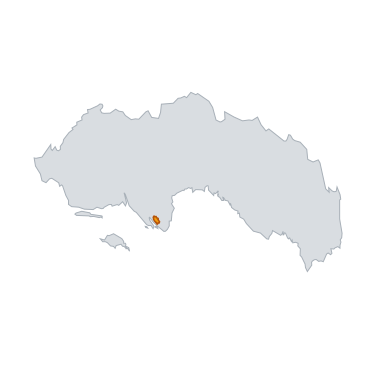 Vallentuna, Stockholm, Sweden shown in context, rotated 70°
{"feature_id": "70781695B12821480851485", "entity_name": "Vallentuna", "entity_type": "district", "adm_level": 2, "iso_a3": "SWE", "parent_name": "Sweden", "parent_adm1": "Stockholm", "projection": "equal_earth", "projection_center": [18.204, 59.607], "detail": "fine", "context": "in_parent", "style": "filled", "palette": "amber", "viewbox_px": 384, "rotation_deg": 70, "n_neighbors": 0, "source": "geoboundaries", "source_scale": "gbopen_adm2", "svg_char_len": 4949}
<svg xmlns="http://www.w3.org/2000/svg" viewBox="0 0 384 384"><g transform="rotate(70 192 192)"><path d="M82.2,247.4L83.5,250.2L86.7,249.8L88.0,247.8L89.9,241.9L88.1,235.4L91.0,233.1L93.0,229.6L97.3,228.5L103.2,224.4L103.9,220.2L105.4,217.1L100.9,207.9L100.7,205.5L108.1,204.4L111.4,198.3L106.6,194.4L99.0,190.7L102.2,179.2L99.2,173.0L99.8,170.4L99.5,166.4L101.5,164.8L98.0,159.0L101.9,155.1L101.4,153.0L112.5,145.1L119.6,143.7L132.6,144.8L135.8,141.7L136.0,140.1L134.9,136.1L127.7,133.9L135.9,126.9L142.4,120.2L143.8,113.8L145.3,111.0L144.0,104.8L152.4,104.1L159.9,101.6L159.0,98.3L175.6,88.1L176.2,86.3L175.0,84.6L171.2,81.5L172.3,80.1L176.7,79.3L178.8,77.9L182.2,73.3L191.2,69.6L200.9,72.1L205.2,68.0L205.0,62.4L208.5,61.8L234.7,65.3L239.1,63.2L234.6,62.1L239.0,59.9L240.3,58.5L240.7,56.9L240.5,56.1L236.9,54.0L245.1,53.8L249.6,54.7L250.0,56.0L267.9,62.5L282.1,65.1L286.2,67.0L287.7,69.1L290.0,69.2L292.6,71.1L295.4,72.2L293.2,73.6L293.4,76.7L294.1,78.2L292.8,80.9L297.5,81.5L298.3,83.2L295.9,84.9L296.3,86.7L302.4,92.5L300.9,94.3L300.5,96.7L297.9,98.4L297.5,100.2L298.1,102.6L299.0,103.7L301.7,104.5L306.2,110.8L301.8,111.2L298.4,110.4L290.5,111.2L288.5,112.1L282.4,109.6L278.9,111.0L276.5,109.8L274.7,111.8L274.2,114.7L271.4,114.4L272.5,115.5L268.6,115.9L268.4,116.3L269.2,117.1L268.0,117.9L262.7,118.2L262.0,119.2L263.6,120.3L263.5,121.0L260.1,119.9L262.5,122.0L263.0,123.5L255.8,129.5L258.2,131.1L260.3,134.6L262.5,136.2L261.6,137.8L254.0,141.7L249.8,147.7L240.2,151.7L235.2,152.7L231.9,155.6L228.1,154.7L228.0,156.4L225.6,155.3L223.6,157.9L220.1,160.1L216.3,159.7L215.9,160.1L217.0,160.7L212.6,161.3L211.3,163.5L208.1,164.2L207.5,164.9L210.8,165.0L210.2,166.9L206.4,167.8L205.1,169.0L203.4,169.0L203.7,168.1L201.2,168.1L200.5,167.1L200.0,167.3L201.6,170.4L200.4,171.6L202.7,172.8L195.9,175.8L191.8,174.7L191.2,175.6L192.1,178.2L195.7,180.2L193.5,181.6L191.0,187.7L192.6,191.4L187.9,190.6L188.2,192.0L186.7,193.7L187.3,196.1L186.8,197.7L187.9,199.1L187.2,199.8L187.9,206.6L189.2,209.5L188.7,211.9L190.6,213.1L194.8,213.4L196.0,215.3L201.2,214.2L204.9,218.0L212.0,221.3L211.6,223.4L216.1,225.0L218.7,227.9L219.8,230.4L219.4,231.9L212.4,236.0L207.0,238.7L201.3,240.4L201.6,241.1L204.4,241.3L211.2,239.4L213.1,241.1L209.5,241.9L208.7,244.3L207.1,245.8L192.1,251.3L190.1,253.0L183.4,255.7L171.3,255.5L169.5,256.1L179.9,257.2L182.3,259.3L177.4,260.5L179.5,265.4L178.2,266.6L178.0,271.9L176.2,272.0L175.4,274.3L176.3,279.7L177.1,281.2L176.7,282.8L173.8,286.5L174.7,290.9L171.3,299.0L167.5,303.7L164.6,310.1L161.4,312.3L157.7,310.9L152.1,311.7L141.9,311.5L140.7,312.1L141.4,314.4L137.7,314.1L131.2,319.0L130.9,321.4L133.3,326.0L130.1,329.1L123.2,328.3L114.1,330.2L106.0,328.7L107.0,327.1L107.9,321.0L99.1,308.5L103.4,309.8L105.2,309.1L102.6,305.1L106.4,304.8L107.6,303.4L107.0,301.1L104.0,300.1L101.5,296.4L98.7,294.6L94.1,287.3L92.5,282.4L90.8,282.9L89.6,277.2L87.0,276.4L86.7,270.7L83.9,270.1L82.2,267.5L82.2,262.6L78.8,262.0L79.4,259.6L78.7,251.1L77.8,248.4L78.8,246.5L80.6,246.3L82.2,247.4ZM221.6,273.7L220.1,274.3L219.2,275.8L216.8,276.6L216.4,281.6L218.6,283.5L216.3,284.3L214.8,287.0L210.7,288.8L209.0,290.5L208.2,292.9L204.6,294.2L207.2,290.6L203.8,286.3L204.7,284.8L204.4,280.0L211.8,273.9L215.1,273.1L216.7,273.8L217.3,272.3L218.4,272.0L221.6,273.7ZM174.5,308.5L172.7,309.6L172.1,308.1L172.4,302.2L176.6,295.2L178.4,294.7L183.4,285.3L184.0,284.7L185.6,285.3L184.4,286.1L184.4,287.8L181.3,292.8L180.4,296.0L179.3,296.8L174.5,308.5ZM223.1,271.8L222.8,273.2L220.9,272.1L222.7,270.5L226.3,270.9L223.1,271.8ZM214.6,236.6L212.3,238.7L211.8,237.9L212.3,236.8L214.6,236.6ZM209.5,247.6L208.3,247.7L209.2,246.3L210.8,245.9L209.5,247.6Z" fill="#d9dde1" stroke="#a8b0b8" stroke-width="1"/><path d="M205.9,232.9L205.6,232.9L205.4,232.9L205.2,232.9L205.1,233.0L204.8,233.3L204.6,233.4L204.5,233.6L204.3,233.9L204.3,234.0L204.1,234.1L203.9,234.1L203.7,234.1L203.3,234.2L203.2,234.2L202.9,234.1L202.7,234.2L202.7,234.3L202.7,234.6L202.6,234.8L202.5,235.1L202.5,235.3L202.4,235.5L202.5,235.6L202.4,235.7L202.1,235.8L201.8,235.8L201.8,236.0L201.7,236.1L201.8,236.3L202.0,236.5L202.3,236.7L202.4,236.9L202.4,237.0L202.5,237.1L202.8,237.1L203.0,237.1L203.3,237.2L203.5,237.2L203.8,237.2L204.0,237.2L204.0,237.3L204.4,237.4L204.5,237.5L204.7,237.4L204.8,237.4L205.0,237.3L205.3,237.3L205.6,237.3L205.8,237.3L206.0,237.3L206.1,237.2L206.3,237.1L206.6,237.1L206.8,237.0L206.9,236.9L207.0,236.8L207.2,236.7L207.4,236.7L207.6,236.7L207.8,236.6L208.0,236.6L208.2,236.4L208.4,236.3L208.5,236.3L208.6,236.2L209.0,236.2L209.3,236.0L209.2,235.9L209.3,235.9L209.5,235.9L209.8,235.9L210.0,235.8L210.2,235.7L210.3,235.7L210.2,235.4L210.1,235.0L209.7,234.9L209.7,234.7L209.5,234.3L209.7,233.9L209.9,233.6L209.7,233.3L209.3,233.2L209.2,233.0L209.1,232.8L209.0,232.7L208.7,232.8L208.4,232.7L208.1,232.8L207.8,233.0L207.6,233.1L207.3,233.2L206.9,233.2L206.6,233.2L206.3,233.2L206.2,233.3L206.0,233.0L205.9,232.9Z" fill="#f59e0b" stroke="#b45309" stroke-width="1.5"/></g></svg>